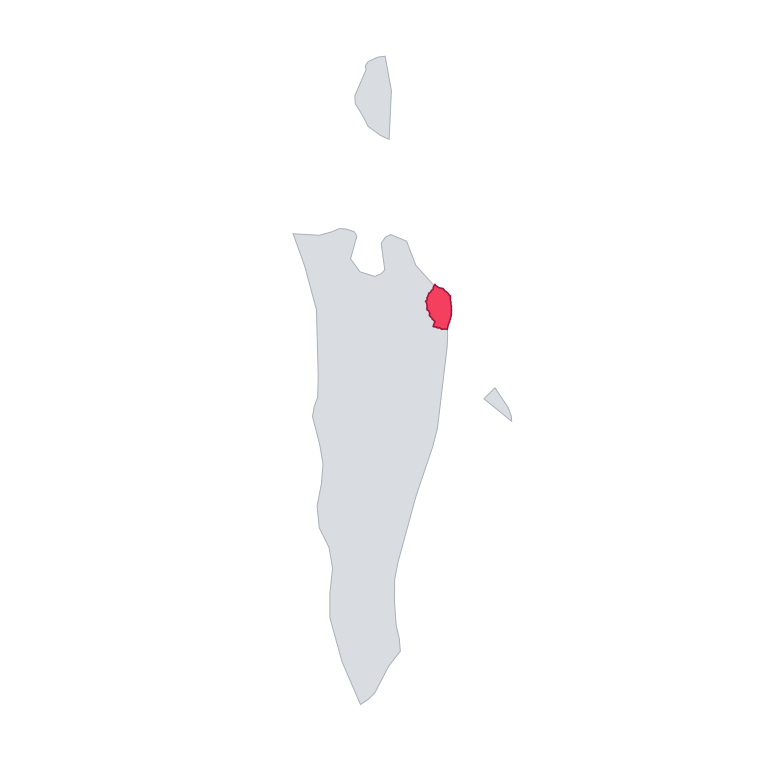 Maubara, Liquica, East Timor shown in context, rotated 108°
{"feature_id": "22284137B70669575760565", "entity_name": "Maubara", "entity_type": "district", "adm_level": 2, "iso_a3": "TLS", "parent_name": "East Timor", "parent_adm1": "Liquica", "projection": "orthographic", "projection_center": [125.161, -8.678], "detail": "fine", "context": "in_parent", "style": "filled", "palette": "rose", "viewbox_px": 768, "rotation_deg": 108, "n_neighbors": 0, "source": "geoboundaries", "source_scale": "gbopen_adm2", "svg_char_len": 5437}
<svg xmlns="http://www.w3.org/2000/svg" viewBox="0 0 768 768"><g transform="rotate(108 384 384)"><path d="M269.2,516.9L262.6,491.7L255.6,480.9L250.1,474.7L248.2,467.1L248.5,459.1L251.8,455.5L275.3,454.5L284.7,441.5L284.6,426.0L279.9,420.7L275.3,418.5L251.0,430.2L244.0,428.1L239.8,423.8L241.2,406.6L261.3,390.4L278.2,361.1L290.2,349.5L318.0,338.5L329.2,335.4L410.2,319.4L429.5,318.3L480.9,318.9L549.5,315.6L566.5,313.5L588.5,306.5L609.9,297.8L621.2,290.9L633.1,285.9L650.7,292.3L680.6,297.3L688.7,301.5L696.1,307.3L661.2,338.0L622.9,363.3L599.4,370.9L575.0,376.0L556.4,385.8L540.7,401.2L520.7,409.9L498.2,412.7L478.9,417.3L461.5,426.4L437.1,441.9L427.3,443.4L416.9,443.0L396.8,449.0L334.2,471.2L296.3,495.9L269.2,516.9ZM71.9,484.2L102.8,467.6L149.8,454.7L148.7,464.1L143.9,478.8L136.8,485.7L126.0,498.1L118.9,500.8L90.7,498.2L87.1,500.0L82.2,498.7L75.0,490.8L71.9,484.2ZM380.0,251.1L367.2,284.4L353.3,277.3L368.1,258.6L375.2,253.0L380.0,251.1Z" fill="#d9dde1" stroke="#a8b0b8" stroke-width="1"/><path d="M292.6,370.0L292.7,369.9L292.8,369.7L293.0,369.5L293.3,369.2L294.0,368.4L294.7,368.1L295.4,367.6L295.7,367.5L295.8,367.4L296.0,367.2L296.8,367.1L297.2,367.0L297.4,366.8L297.6,366.6L298.3,366.5L298.6,366.7L298.8,366.7L299.0,366.7L299.5,366.2L300.0,366.0L300.3,365.9L300.4,365.3L300.3,364.9L300.6,364.5L300.6,364.4L300.7,364.1L300.8,363.9L301.0,363.8L301.1,363.7L301.3,363.4L301.5,363.3L301.7,363.0L301.8,362.9L302.0,362.9L302.1,362.7L302.3,362.7L302.6,362.3L302.8,362.2L303.0,362.1L303.3,362.1L303.4,362.3L303.5,362.4L303.8,362.4L304.0,362.4L304.3,362.1L304.6,361.9L304.8,361.9L305.1,361.8L305.2,361.6L305.4,360.9L305.6,360.6L305.9,360.1L306.0,359.9L306.1,359.6L306.2,359.1L306.3,359.0L306.5,358.9L306.8,358.6L306.9,358.4L307.0,358.3L307.3,358.3L307.3,358.2L307.5,357.8L307.6,357.6L307.6,357.4L307.6,357.2L307.7,356.9L307.9,356.8L308.2,356.6L308.3,356.3L308.3,355.8L308.3,355.6L308.6,355.0L308.7,354.9L308.8,354.8L309.0,354.7L309.3,354.5L309.5,354.7L309.6,354.8L310.1,355.0L310.5,355.0L310.9,355.0L311.6,355.0L312.1,355.0L312.8,355.1L313.4,355.1L313.7,355.1L313.8,355.1L313.8,354.9L314.0,354.8L313.9,354.6L314.2,354.1L314.0,353.9L313.9,353.8L313.9,353.6L314.0,353.4L314.0,353.2L313.9,352.9L313.9,352.6L313.7,352.3L313.7,352.2L313.8,351.9L313.7,351.7L313.8,351.7L313.9,351.4L314.0,351.3L314.1,351.1L314.0,350.9L314.1,350.7L314.1,350.4L314.1,350.2L314.0,349.9L313.9,349.6L313.7,349.3L313.4,349.0L313.2,348.8L313.2,348.6L313.4,348.5L313.5,348.4L313.5,348.2L313.5,347.7L313.9,347.0L314.0,346.8L314.2,346.3L314.2,346.1L314.2,345.9L314.1,345.7L313.9,345.5L313.6,345.4L313.5,345.2L313.5,344.7L313.4,344.1L313.2,343.6L313.0,343.0L312.8,342.4L312.4,341.4L312.4,341.1L312.4,340.7L311.6,340.8L311.1,340.9L310.7,340.9L310.0,340.9L309.8,341.0L308.1,341.2L307.4,341.1L306.6,341.2L306.4,341.2L306.1,341.1L305.6,341.0L305.0,340.9L304.8,340.8L304.4,340.8L304.1,340.9L303.8,341.1L303.7,341.1L303.2,341.1L302.9,341.1L302.5,341.0L302.3,341.0L301.7,340.9L301.5,341.0L301.2,341.0L300.9,341.0L300.5,341.2L300.2,341.2L299.4,341.2L298.6,341.1L298.3,341.2L298.1,341.2L298.0,341.3L297.7,341.5L297.3,341.6L297.2,341.6L296.6,341.4L296.4,341.4L296.0,341.6L295.7,341.7L295.5,341.9L295.3,342.1L295.2,342.1L294.6,342.3L294.4,342.3L294.2,342.3L293.8,342.3L293.6,342.3L293.3,342.5L293.1,342.5L292.9,342.7L292.2,342.9L291.8,343.1L291.5,343.2L291.3,343.3L291.1,343.3L290.6,343.5L290.2,343.7L289.8,343.8L289.5,343.8L289.2,343.8L288.6,344.1L288.1,344.6L287.7,344.9L287.6,345.0L287.4,345.1L287.1,345.2L286.8,345.2L286.7,345.3L286.4,345.4L286.2,345.4L285.9,345.4L285.9,345.5L285.7,345.6L285.4,345.7L285.2,346.0L284.8,346.2L284.7,346.2L284.6,346.3L284.3,346.5L284.1,346.5L283.8,346.7L283.7,346.8L283.2,346.9L283.1,347.0L282.8,347.1L282.7,347.2L282.4,347.2L282.2,347.2L282.1,347.3L281.9,347.3L281.7,347.5L281.3,347.4L281.1,347.6L280.9,347.8L280.6,347.9L280.4,347.9L280.4,348.0L280.2,348.0L279.8,347.9L279.7,347.9L279.6,348.0L279.6,348.5L279.4,348.9L279.5,349.0L279.3,349.2L279.2,349.3L279.2,349.5L278.9,349.9L278.8,350.0L278.7,350.1L278.4,350.4L278.3,350.6L278.2,350.8L278.0,351.0L277.9,351.1L277.8,351.3L277.8,351.6L277.7,351.7L277.5,351.9L277.5,352.2L277.4,352.3L277.3,352.5L277.2,352.8L277.0,353.0L276.9,353.3L276.8,353.5L276.7,354.1L276.7,354.4L276.7,354.6L276.6,354.8L276.6,355.1L276.5,355.3L276.4,355.4L276.3,355.5L276.2,355.5L276.1,355.8L275.9,356.0L275.7,356.1L275.6,356.3L275.6,356.6L275.5,356.8L275.4,357.0L275.2,357.0L275.0,357.3L274.9,357.5L274.9,357.9L275.0,358.1L275.2,358.4L275.2,358.5L275.3,358.6L275.3,358.8L275.2,359.1L275.1,359.3L275.2,359.6L275.2,359.8L275.3,360.4L275.4,361.0L275.4,361.6L275.3,362.1L275.0,363.0L274.9,363.2L274.9,363.4L274.8,363.9L274.7,364.1L274.7,364.3L274.6,364.6L274.5,364.8L274.5,365.2L274.3,365.4L274.1,365.6L274.0,365.8L273.8,365.8L273.6,366.0L273.5,366.3L274.9,366.7L275.2,366.8L275.6,366.9L275.9,367.0L276.4,367.0L276.7,366.9L277.1,366.9L277.4,366.9L277.8,366.8L278.1,366.7L279.2,366.8L279.3,366.9L279.4,367.0L279.6,367.2L279.8,367.5L280.1,367.7L280.2,367.8L281.4,367.9L282.1,368.1L282.3,368.2L282.5,368.3L282.8,368.6L283.1,368.9L283.7,369.3L284.0,369.5L284.6,369.5L284.8,369.4L285.1,369.3L285.2,369.2L285.3,369.2L285.5,369.3L285.8,369.5L286.1,369.5L286.5,369.5L286.7,369.4L286.9,369.3L287.0,369.3L287.4,369.4L288.5,369.8L288.8,369.8L289.1,369.8L289.5,369.5L289.8,369.2L290.6,368.9L291.1,369.0L291.3,369.1L291.4,369.3L291.5,369.6L291.9,369.8L292.4,369.9L292.6,370.0Z" fill="#f43f5e" stroke="#9f1239" stroke-width="1.5"/></g></svg>